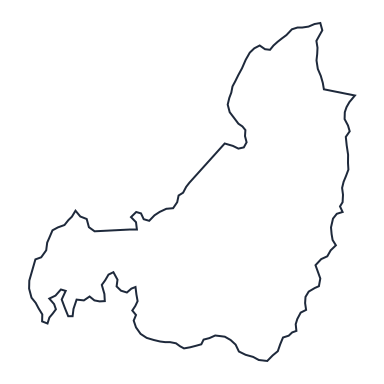 Catanduvas, Santa Catarina, Brazil
{"feature_id": "56859067B88900604715263", "entity_name": "Catanduvas", "entity_type": "district", "adm_level": 2, "iso_a3": "BRA", "parent_name": "Brazil", "parent_adm1": "Santa Catarina", "projection": "equal_earth", "projection_center": [-51.711, -27.031], "detail": "fine", "context": "isolated", "style": "outline", "palette": "slate", "viewbox_px": 384, "rotation_deg": 0, "n_neighbors": 0, "source": "geoboundaries", "source_scale": "gbopen_adm2", "svg_char_len": 2368}
<svg xmlns="http://www.w3.org/2000/svg" viewBox="0 0 384 384"><path d="M320.3,23.0L314.6,24.0L308.5,26.6L302.4,27.5L297.6,27.5L291.9,29.3L286.4,35.1L281.8,38.5L277.5,41.9L273.5,45.5L270.0,49.8L265.0,49.2L259.7,45.5L254.3,48.3L249.8,52.6L245.7,59.8L242.0,68.3L238.3,75.1L235.2,81.4L232.5,86.4L231.3,92.6L229.3,97.9L227.7,104.6L229.7,112.2L234.5,118.5L238.4,123.7L242.4,126.4L245.4,130.1L245.0,136.1L246.6,142.3L243.8,147.4L238.4,148.6L232.9,145.9L224.7,143.5L189.4,182.7L186.2,186.8L183.1,192.7L178.6,195.5L177.2,202.2L173.1,208.2L166.3,208.8L159.7,211.9L154.5,215.3L149.2,220.8L143.7,219.2L141.0,213.4L136.2,212.0L131.0,217.1L136.0,222.2L136.9,229.5L130.3,229.5L94.6,231.3L88.9,227.2L86.7,219.0L80.3,216.5L75.5,210.7L71.9,216.7L68.4,220.1L64.5,225.0L57.9,227.4L52.5,230.3L49.3,237.8L47.2,242.6L46.2,250.3L41.2,257.3L35.4,259.4L29.3,280.6L29.1,288.6L31.5,297.7L35.7,302.9L38.6,308.4L42.3,314.4L42.1,321.4L47.5,323.5L49.4,317.5L52.7,313.6L55.9,309.3L54.1,304.1L49.3,298.6L55.5,295.6L60.9,289.5L65.7,290.9L61.7,299.5L64.8,307.8L68.2,316.2L72.6,316.2L73.5,308.9L76.6,299.6L83.9,300.4L89.6,296.5L94.4,300.4L99.6,301.4L104.8,301.1L104.4,294.0L101.8,284.9L105.1,280.4L108.5,274.6L113.4,272.2L117.5,279.7L116.6,286.4L121.0,290.7L126.9,292.5L131.4,288.6L135.5,287.0L136.4,294.4L137.6,301.1L135.3,306.0L132.3,310.5L136.0,315.0L133.7,320.6L136.0,327.4L140.6,333.9L146.7,337.9L153.8,340.0L160.1,341.5L164.9,342.1L169.9,342.1L176.0,343.3L180.1,346.3L184.0,348.4L190.1,347.3L195.9,345.8L201.3,344.3L203.6,339.6L209.4,338.1L215.2,335.5L219.4,336.0L224.8,336.7L230.6,340.0L235.6,344.6L238.9,351.5L245.6,354.8L253.1,356.9L258.8,360.0L267.2,361.0L272.7,355.4L277.8,351.2L280.2,344.3L283.0,337.5L288.7,335.7L292.2,332.4L296.4,330.9L295.7,324.2L297.3,319.0L300.7,312.6L306.1,309.9L305.1,303.1L305.5,296.9L308.7,291.6L314.8,288.0L318.9,286.2L320.3,278.5L318.0,272.1L315.5,265.2L321.2,259.1L327.3,256.3L330.7,250.3L335.9,245.3L332.6,240.0L331.6,234.1L331.0,227.4L333.0,218.6L336.8,213.8L342.6,212.0L340.0,206.4L342.6,202.2L343.0,194.8L342.1,187.9L343.6,181.8L346.0,176.0L348.4,169.6L348.0,162.9L348.1,154.8L346.7,145.4L345.8,136.9L349.7,131.3L348.0,125.5L344.6,119.1L344.8,112.2L346.5,107.2L349.4,102.1L354.9,95.5L323.9,89.3L322.8,82.9L320.8,75.9L317.8,68.9L316.5,60.4L317.2,54.0L317.5,47.7L316.4,40.9L319.6,35.1L322.3,30.3L320.3,23.0Z" fill="none" stroke="#1e293b" stroke-width="2"/></svg>